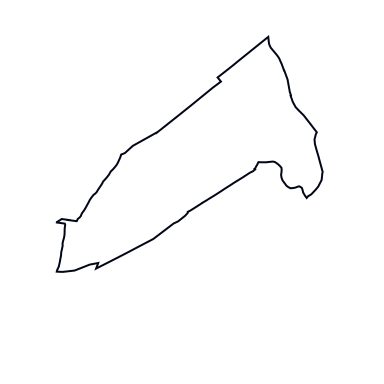 the district of Pāvilosta, Pavilostas, Latvia, rotated 322°
{"feature_id": "27541924B98324195645894", "entity_name": "Pāvilosta", "entity_type": "district", "adm_level": 2, "iso_a3": "LVA", "parent_name": "Latvia", "parent_adm1": "Pavilostas", "projection": "natural_earth1", "projection_center": [21.193, 56.882], "detail": "fine", "context": "isolated", "style": "outline", "palette": "ink", "viewbox_px": 384, "rotation_deg": 322, "n_neighbors": 0, "source": "geoboundaries", "source_scale": "gbopen_adm2", "svg_char_len": 2734}
<svg xmlns="http://www.w3.org/2000/svg" viewBox="0 0 384 384"><g transform="rotate(322 192 192)"><path d="M159.6,119.0L159.2,118.9L156.9,120.5L151.6,123.3L149.2,124.3L145.7,125.1L143.6,125.5L140.6,125.8L137.0,127.3L132.8,128.3L129.7,128.8L127.6,129.3L126.8,129.9L122.7,131.3L119.9,132.2L116.7,133.4L114.9,133.7L113.0,133.6L109.9,134.3L106.7,135.3L104.6,136.3L101.6,137.6L98.4,139.0L95.2,140.2L93.1,140.7L91.4,141.4L89.6,142.5L87.9,142.9L85.3,142.9L84.0,143.7L83.2,144.0L77.4,138.1L77.6,138.1L72.6,133.0L72.3,133.1L67.0,132.5L66.7,132.8L72.3,138.6L72.0,139.6L71.7,140.0L70.7,140.9L70.0,141.6L69.6,142.0L69.0,142.6L68.3,143.5L67.4,144.6L66.6,145.6L65.8,146.5L64.7,147.7L64.3,148.1L63.8,148.5L63.2,149.0L62.4,149.7L61.5,150.3L60.9,150.8L60.4,151.1L59.7,151.7L58.5,152.7L57.9,153.4L57.4,154.2L57.0,154.7L56.2,155.4L55.6,155.9L55.2,156.2L54.7,156.7L53.7,157.5L52.5,158.4L51.5,159.4L49.6,161.5L48.0,162.9L46.8,163.9L46.0,164.6L45.0,165.6L43.1,167.1L41.9,168.1L41.2,168.7L40.3,169.2L39.5,169.6L38.8,169.9L38.1,170.3L37.5,170.6L36.9,171.1L36.4,171.5L39.3,174.0L41.0,175.4L43.9,177.2L51.1,181.6L52.1,181.9L66.2,186.1L66.4,186.1L74.4,190.2L74.1,190.4L69.3,193.3L86.1,196.6L104.5,200.1L120.1,202.9L132.6,205.2L158.1,205.5L161.7,206.3L162.8,206.6L172.1,206.5L175.9,205.8L176.5,205.0L176.8,205.1L177.7,205.3L178.5,205.5L183.9,206.1L189.4,206.6L193.5,207.0L193.5,206.9L198.7,207.6L199.3,207.6L208.0,208.6L214.6,209.2L219.8,209.6L225.8,210.2L231.7,210.7L232.4,210.8L239.8,211.6L247.5,212.3L249.7,212.5L253.0,213.2L253.8,213.1L255.6,213.1L255.5,212.3L256.2,212.3L258.9,211.1L260.5,210.5L261.1,210.2L261.6,209.9L262.2,209.6L262.8,209.4L264.7,211.1L268.4,214.0L272.4,216.5L274.7,218.0L275.9,219.7L276.8,222.6L277.3,225.5L277.4,227.9L276.5,229.5L274.9,231.3L272.7,233.4L271.4,235.8L270.5,238.6L270.4,242.5L270.3,245.0L270.6,246.4L271.0,247.7L271.9,249.6L273.7,250.9L276.2,252.2L279.2,253.1L280.1,253.7L281.1,256.2L280.5,258.2L279.3,260.8L278.8,264.3L278.7,267.3L280.9,266.8L284.5,267.3L290.5,266.4L294.7,265.5L301.6,262.3L306.1,257.6L307.3,256.7L308.9,252.9L312.6,244.0L313.0,243.2L316.3,234.9L318.4,229.9L320.9,226.0L323.9,223.7L325.0,222.8L327.1,221.8L327.1,221.2L327.2,208.7L327.2,208.1L327.2,207.0L327.2,202.7L327.2,201.1L327.2,200.8L327.2,200.5L326.4,194.1L325.9,189.0L326.0,188.4L326.9,183.0L329.0,176.8L329.4,176.9L329.7,176.2L330.6,173.5L336.6,162.1L339.5,153.1L339.3,153.0L339.4,152.7L339.5,152.4L341.5,146.3L342.0,144.0L342.7,141.4L343.0,140.3L343.2,136.9L342.9,126.7L343.5,124.0L344.2,122.2L347.6,116.7L308.3,117.3L305.2,117.4L297.4,117.5L282.7,117.5L282.8,122.8L272.8,122.6L244.2,123.2L243.7,123.2L235.0,123.3L227.0,123.4L200.8,123.6L200.9,123.4L173.8,119.2L163.0,120.0L159.6,119.0Z" fill="none" stroke="#020617" stroke-width="2"/></g></svg>